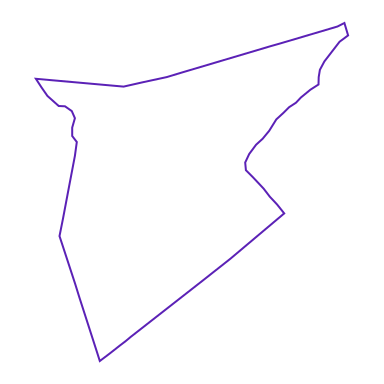 Barra de Guabiraba, Pernambuco, Brazil
{"feature_id": "56859067B85963395664365", "entity_name": "Barra de Guabiraba", "entity_type": "district", "adm_level": 2, "iso_a3": "BRA", "parent_name": "Brazil", "parent_adm1": "Pernambuco", "projection": "robinson", "projection_center": [-35.622, -8.422], "detail": "fine", "context": "isolated", "style": "outline", "palette": "violet", "viewbox_px": 384, "rotation_deg": 0, "n_neighbors": 0, "source": "geoboundaries", "source_scale": "gbopen_adm2", "svg_char_len": 785}
<svg xmlns="http://www.w3.org/2000/svg" viewBox="0 0 384 384"><path d="M284.2,213.4L277.1,204.5L269.8,196.7L263.6,188.6L252.7,177.0L245.9,170.2L245.2,162.5L249.2,154.0L256.1,144.7L262.6,138.8L269.2,130.8L276.3,119.4L283.6,112.7L289.1,107.2L296.0,102.7L300.9,97.5L310.4,89.7L318.5,84.5L318.7,77.1L319.9,69.8L324.4,61.4L339.6,41.7L348.1,35.4L344.4,23.0L337.5,26.5L279.7,43.6L270.5,46.2L180.6,72.9L166.7,77.1L142.6,82.3L123.6,86.6L35.9,78.8L41.5,87.4L47.4,95.9L58.7,106.0L65.0,106.3L71.8,111.1L74.9,118.2L72.2,127.6L72.2,136.0L76.8,142.0L74.9,155.9L68.9,187.4L63.0,218.6L59.5,236.1L62.4,244.9L75.2,284.0L79.4,297.5L97.3,353.1L99.8,361.0L109.6,353.6L119.9,345.5L125.8,341.0L130.7,336.9L203.7,279.8L212.8,272.6L230.3,258.8L284.2,213.4Z" fill="none" stroke="#5b21b6" stroke-width="2"/></svg>